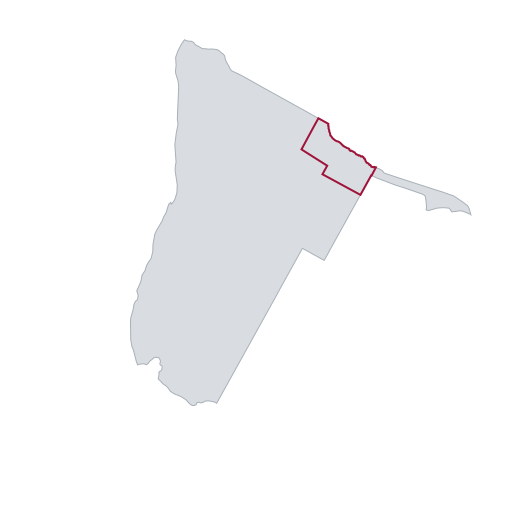 Namibia, with Kavango highlighted, rotated 29°
{"feature_id": "NAM-3354", "entity_name": "Kavango", "entity_type": "Region", "adm_level": 1, "iso_a3": "NAM", "parent_name": "Namibia", "parent_adm1": "", "projection": "mercator", "projection_center": [19.863, -18.289], "detail": "fine", "context": "in_parent", "style": "outline", "palette": "rose", "viewbox_px": 512, "rotation_deg": 29, "n_neighbors": 0, "source": "natural_earth", "source_scale": "10m", "svg_char_len": 4441}
<svg xmlns="http://www.w3.org/2000/svg" viewBox="0 0 512 512"><g transform="rotate(29 256 256)"><path d="M377.3,111.8L382.7,110.7L387.7,109.7L393.6,108.7L398.4,107.9L399.5,107.6L410.9,108.6L415.9,109.3L417.6,109.9L419.8,111.6L423.9,115.8L422.9,115.6L415.3,116.5L412.4,117.6L405.9,122.5L404.5,121.9L402.9,120.9L401.6,120.6L398.8,121.8L395.9,123.2L392.8,125.2L390.2,127.1L389.3,128.2L385.3,132.2L384.0,132.9L382.8,133.2L382.3,133.0L381.8,131.3L379.3,127.2L375.3,121.9L374.1,121.4L373.3,121.2L370.4,121.4L361.8,122.9L354.5,124.2L343.4,126.4L331.4,128.1L324.0,129.2L317.6,129.5L317.6,134.8L317.7,145.5L317.7,156.2L317.7,166.9L317.7,177.7L317.7,188.5L317.7,199.3L317.7,210.2L317.8,221.0L317.8,225.8L317.6,226.8L313.9,226.8L305.6,226.8L298.6,226.8L292.9,226.8L292.9,233.3L292.9,241.0L292.9,248.7L292.9,256.4L292.9,264.2L292.9,271.9L293.0,279.7L293.0,287.5L293.0,295.3L293.0,301.2L293.0,301.9L293.0,313.4L293.0,325.6L293.0,337.9L293.0,350.2L293.0,362.5L293.0,375.0L293.0,387.4L293.0,399.9L293.0,403.9L290.4,403.8L285.3,405.4L282.0,407.4L280.6,409.8L278.8,411.3L276.4,411.9L275.4,413.1L275.7,415.1L274.7,416.6L272.7,417.7L269.3,417.4L264.6,415.7L258.7,415.3L251.5,416.2L246.4,415.8L243.2,414.1L239.9,413.1L236.4,412.9L234.3,412.1L230.1,410.9L229.3,408.7L228.8,407.0L227.7,405.3L227.5,403.9L228.5,402.8L228.6,401.1L227.9,398.8L226.8,397.6L225.1,397.7L224.1,396.8L223.7,394.9L222.7,393.5L220.4,392.1L217.4,393.1L215.9,394.8L215.1,397.4L214.3,398.6L213.9,400.8L213.7,402.3L213.0,403.9L212.2,404.6L211.3,404.3L209.7,404.9L206.3,407.3L205.3,408.6L202.5,406.3L194.4,397.7L191.5,395.5L187.2,390.2L177.9,374.0L176.5,370.9L174.7,363.1L172.7,357.3L172.5,354.0L173.4,352.1L172.8,349.5L171.8,347.3L168.6,344.3L167.7,334.3L165.6,327.9L166.0,322.6L165.0,317.8L164.9,314.8L165.4,308.9L163.6,302.2L160.2,295.6L157.0,286.2L156.6,282.1L156.9,271.0L156.3,266.5L156.3,261.3L155.1,255.8L154.6,252.8L155.5,250.5L156.0,251.2L156.9,251.6L157.5,248.4L157.6,245.7L156.1,238.9L152.6,231.9L143.9,220.6L141.8,216.3L140.6,212.7L131.0,197.9L126.8,187.5L123.9,178.5L120.8,174.4L106.3,145.4L103.1,140.8L97.3,135.3L96.0,133.5L93.8,128.2L89.4,121.2L88.3,114.7L88.1,107.3L88.6,101.6L92.5,101.0L95.3,99.5L97.8,99.4L100.3,100.6L102.9,100.7L103.9,100.5L108.6,100.7L111.2,99.3L114.4,98.0L116.3,96.8L118.9,95.5L122.3,94.3L124.2,94.4L126.6,94.9L129.8,95.4L131.6,96.2L133.7,98.8L137.0,101.2L139.4,102.6L142.2,104.5L143.0,105.2L144.3,105.6L145.0,105.8L150.2,105.5L154.9,105.2L159.9,105.2L169.4,105.2L178.9,105.3L188.4,105.3L197.9,105.3L207.4,105.3L216.9,105.3L226.4,105.3L235.9,105.3L239.8,105.4L246.5,105.4L253.7,105.5L254.5,105.7L255.3,106.2L255.9,106.7L258.4,110.0L261.7,113.4L264.3,115.1L267.5,116.0L270.5,116.4L273.3,116.2L278.0,116.6L284.5,117.7L291.3,118.1L298.3,117.6L303.2,118.2L306.1,119.9L309.0,121.1L312.0,121.7L316.0,121.3L321.1,120.0L325.4,120.2L327.4,121.2L328.6,121.2L336.1,119.8L342.1,118.7L351.1,116.9L358.6,115.5L369.6,113.3L377.3,111.8Z" fill="#d9dde1" stroke="#a8b0b8" stroke-width="1"/><path d="M243.8,105.3L247.2,105.3L253.6,105.3L254.9,105.3L255.1,105.3L255.2,105.7L255.4,105.8L255.5,105.9L255.9,106.9L256.0,107.2L256.7,107.4L257.5,109.1L257.6,109.3L257.9,109.5L259.2,110.6L259.3,110.8L259.4,111.3L259.6,111.5L259.8,111.7L260.2,112.0L260.5,112.1L261.9,113.6L262.4,114.3L262.7,114.6L263.7,114.8L265.9,115.9L269.2,116.5L271.3,116.4L272.1,116.1L272.6,116.0L272.9,116.0L273.7,116.1L274.8,116.1L275.2,116.3L279.1,117.5L283.4,117.4L284.8,117.1L285.3,117.1L285.8,117.2L286.1,117.7L286.3,117.9L286.8,118.1L287.4,118.3L287.8,118.3L287.9,118.2L288.2,117.7L288.3,117.6L292.3,117.6L293.2,118.1L294.1,118.4L294.3,118.5L295.8,118.3L296.4,118.3L296.8,118.3L297.1,118.1L297.3,118.3L297.7,118.0L298.3,117.8L298.9,117.9L299.5,118.1L300.4,117.4L300.6,117.6L301.0,117.5L301.8,117.4L302.1,117.5L303.1,118.3L303.7,118.1L304.3,118.4L304.9,118.9L305.4,119.5L305.6,119.7L306.5,120.1L307.2,120.6L307.5,120.8L308.1,120.6L309.1,120.6L310.0,120.7L310.4,120.9L310.6,121.1L311.0,121.3L311.4,121.3L311.6,121.2L311.8,121.0L312.2,121.1L312.9,121.5L313.5,122.0L314.1,121.9L314.8,121.7L315.7,121.5L316.0,120.8L317.9,120.3L318.1,129.5L317.7,129.5L317.7,130.2L317.7,131.3L317.7,132.4L317.7,133.4L317.7,134.5L317.7,135.6L317.7,136.7L317.7,137.7L317.7,138.8L317.7,139.9L317.7,140.9L317.7,142.0L317.7,143.1L317.7,144.1L317.7,145.2L317.7,146.3L317.7,147.4L317.7,150.6L317.7,151.9L274.5,152.3L274.5,142.5L248.7,141.0L244.1,140.7L243.8,115.1L243.8,105.3Z" fill="none" stroke="#9f1239" stroke-width="2"/></g></svg>